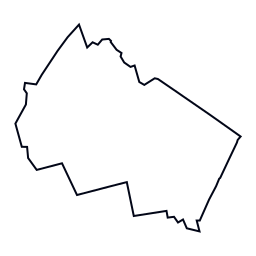 outline of Merrimack, New Hampshire, United States of America
{"feature_id": "52423323B36577314859832", "entity_name": "Merrimack", "entity_type": "district", "adm_level": 2, "iso_a3": "USA", "parent_name": "United States of America", "parent_adm1": "New Hampshire", "projection": "equal_earth", "projection_center": [-71.683, 43.31], "detail": "fine", "context": "isolated", "style": "outline", "palette": "ink", "viewbox_px": 256, "rotation_deg": 0, "n_neighbors": 0, "source": "geoboundaries", "source_scale": "gbopen_adm2", "svg_char_len": 784}
<svg xmlns="http://www.w3.org/2000/svg" viewBox="0 0 256 256"><path d="M56.3,52.8L41.8,74.7L36.2,84.4L25.0,82.9L24.0,89.3L26.8,93.3L25.9,104.5L18.4,118.1L15.4,123.6L21.8,146.8L27.1,146.9L28.1,158.0L36.7,169.9L62.0,163.3L77.0,195.0L109.6,186.5L126.8,182.1L133.8,216.0L166.5,210.9L167.7,217.6L174.0,216.8L178.0,222.5L183.0,219.5L186.8,228.3L199.5,231.4L196.7,220.5L199.8,220.5L209.1,199.5L216.1,186.2L219.2,178.7L220.2,177.9L228.9,159.4L236.9,142.6L237.7,139.9L240.6,136.5L210.8,115.4L182.8,96.1L178.5,93.1L157.9,79.0L154.7,78.3L144.3,84.9L139.3,82.0L134.6,65.5L130.5,66.9L124.2,62.5L120.6,56.5L121.5,53.0L116.6,49.8L110.7,42.0L111.0,40.9L108.9,38.9L102.2,39.5L97.8,44.7L92.6,42.3L87.2,47.5L79.0,24.6L67.7,37.1L57.4,51.1L56.3,52.8Z" fill="none" stroke="#020617" stroke-width="2"/></svg>